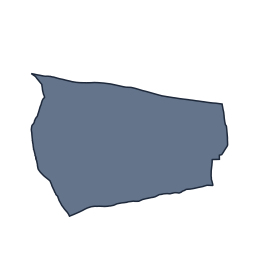 Lat Phrao, Bangkok Metropolis, Thailand (Robinson projection), rotated 256°
{"feature_id": "78962969B95574148528109", "entity_name": "Lat Phrao", "entity_type": "district", "adm_level": 2, "iso_a3": "THA", "parent_name": "Thailand", "parent_adm1": "Bangkok Metropolis", "projection": "robinson", "projection_center": [100.606, 13.822], "detail": "fine", "context": "isolated", "style": "filled", "palette": "slate", "viewbox_px": 256, "rotation_deg": 256, "n_neighbors": 0, "source": "geoboundaries", "source_scale": "gbopen_adm2", "svg_char_len": 5095}
<svg xmlns="http://www.w3.org/2000/svg" viewBox="0 0 256 256"><g transform="rotate(256 128 128)"><path d="M164.7,144.6L165.7,142.7L166.6,140.9L166.9,140.0L168.1,135.9L169.1,133.6L170.5,130.8L170.8,130.2L173.0,125.8L174.9,121.9L177.5,115.2L178.1,113.4L178.8,111.3L179.4,109.4L179.8,108.0L180.2,106.7L180.9,103.1L181.3,101.2L182.0,98.3L182.5,96.5L183.0,94.6L183.4,93.1L184.1,90.9L184.9,88.6L186.0,86.1L186.4,85.1L187.4,83.3L189.5,79.1L190.8,76.8L192.3,73.6L193.2,72.0L193.7,71.1L195.4,68.2L195.7,67.3L196.5,65.7L196.8,65.3L196.9,64.8L197.4,63.5L197.8,62.2L198.2,60.3L198.8,58.8L199.4,57.5L200.5,55.2L201.6,52.7L202.8,50.3L204.2,47.3L200.9,50.2L200.1,50.8L198.1,51.6L196.2,52.5L192.8,54.1L191.8,54.6L191.1,54.9L190.9,54.9L189.8,54.7L188.3,54.6L188.0,54.6L186.2,54.3L184.9,54.2L183.6,54.2L182.2,54.2L181.0,54.2L180.8,54.2L180.7,54.3L179.4,54.5L179.1,54.5L177.8,54.4L177.6,54.1L177.1,53.2L176.9,52.9L176.7,52.6L176.1,52.1L175.5,51.5L174.5,50.9L173.3,50.1L172.4,49.7L171.6,49.2L171.2,48.9L170.6,48.4L170.2,48.2L169.6,47.7L169.2,47.5L167.1,46.3L166.2,45.8L165.4,45.3L165.0,45.1L164.5,44.8L164.0,44.4L162.8,43.7L161.7,43.1L161.5,42.9L161.3,42.8L160.7,42.0L160.6,41.7L159.3,40.4L159.2,40.3L159.0,40.1L158.2,39.6L157.5,39.0L157.4,38.9L157.2,38.9L156.8,38.7L156.4,38.6L156.0,38.2L155.6,37.9L154.6,36.8L154.5,36.5L153.9,35.7L153.5,35.4L153.3,35.2L153.1,35.1L152.2,34.7L150.7,34.1L149.9,33.8L149.6,33.8L149.2,33.7L147.5,33.5L147.2,33.5L146.7,33.5L145.2,33.2L143.9,33.0L141.9,32.7L139.8,32.4L139.6,32.4L139.2,32.2L138.9,32.1L138.5,32.2L138.3,32.2L137.2,32.0L135.1,31.9L133.8,31.7L133.0,31.6L132.0,31.5L130.8,31.4L130.5,31.3L130.3,31.2L130.2,31.2L129.8,31.3L129.6,31.4L128.5,31.4L127.2,31.4L124.7,31.4L124.1,31.2L123.9,31.2L123.7,31.2L122.9,31.4L122.8,31.5L122.7,31.5L122.0,31.5L121.8,31.4L121.6,31.3L121.4,31.3L121.3,31.5L121.2,31.5L121.0,31.4L120.9,31.2L120.6,31.1L120.4,31.1L120.1,31.4L119.7,31.2L119.4,31.2L119.2,31.3L118.8,31.4L117.4,31.4L117.0,31.4L116.4,31.3L116.0,31.3L115.8,31.3L115.7,31.3L115.2,31.4L113.7,31.1L113.0,31.0L112.0,31.0L111.3,30.9L110.1,30.9L109.7,31.0L109.4,31.0L109.1,31.1L108.7,31.3L107.2,31.9L106.4,32.2L105.7,32.6L105.2,32.9L105.0,33.0L102.6,34.4L101.5,35.1L96.9,38.6L95.6,39.5L92.0,40.1L90.3,40.2L88.7,40.5L87.1,40.8L85.3,41.2L84.8,41.3L84.6,41.3L83.9,41.3L82.6,41.8L81.1,42.0L80.9,42.0L80.3,42.3L80.2,42.3L78.9,43.2L78.7,43.2L77.8,43.3L77.5,43.3L75.9,43.5L74.5,43.6L73.0,44.0L70.7,44.6L69.0,45.0L67.1,45.8L65.6,46.4L64.8,46.7L63.4,47.4L62.6,47.8L61.9,48.2L61.3,48.5L60.8,48.7L59.3,49.3L58.5,49.5L56.6,49.9L56.6,50.1L56.7,50.5L57.2,54.1L57.8,57.7L58.0,58.8L58.2,60.0L58.4,61.1L58.7,62.4L59.1,64.3L59.6,66.1L60.0,68.0L60.2,69.1L60.3,70.1L60.4,71.7L60.5,72.9L60.5,73.4L60.4,74.6L60.3,74.8L60.2,76.2L60.1,76.7L60.0,77.3L59.5,78.9L59.2,80.7L58.1,84.5L57.8,85.4L57.6,86.1L57.4,87.0L57.3,87.6L57.0,89.2L56.8,91.4L56.6,92.4L56.6,93.5L56.5,94.8L56.6,96.2L56.7,96.8L56.8,97.1L56.9,97.9L57.0,98.2L57.1,98.6L57.1,98.8L57.1,99.2L57.0,101.3L56.9,103.2L56.8,104.1L56.7,105.1L56.5,106.0L56.4,107.2L56.2,108.8L56.3,109.8L56.3,110.2L56.3,110.7L56.0,112.8L55.7,115.6L55.6,115.8L55.6,116.0L55.2,116.8L54.7,118.8L54.4,120.4L54.3,120.7L54.3,120.8L54.4,121.0L55.0,124.3L55.1,124.8L55.1,126.2L55.1,127.0L55.1,127.7L55.1,127.8L55.1,128.3L55.1,128.5L55.0,129.6L55.0,130.0L55.0,130.3L54.9,133.4L54.9,133.7L54.7,135.3L54.7,136.8L54.7,137.3L54.8,138.1L55.3,140.3L55.8,142.2L55.5,144.3L55.5,145.4L55.5,146.0L55.5,146.7L55.4,147.2L54.9,150.1L54.8,150.4L54.2,152.1L54.1,152.4L54.1,152.7L54.0,153.0L54.0,154.9L54.0,156.2L54.0,156.7L54.0,157.1L54.0,157.4L53.9,157.7L53.8,158.3L53.3,160.0L52.7,161.4L52.6,161.8L52.6,162.0L52.6,162.5L52.9,164.3L53.0,164.5L53.2,164.8L53.3,164.9L53.7,166.3L53.7,166.6L53.6,166.8L54.1,168.9L54.3,169.2L54.3,169.4L54.3,170.0L54.1,171.3L53.7,173.5L53.5,175.8L53.4,177.2L53.3,181.8L53.1,186.4L53.1,186.9L53.2,187.7L53.3,190.1L53.3,190.8L53.2,191.3L51.9,195.8L51.8,196.0L51.9,196.3L52.0,196.5L53.3,196.6L54.5,196.6L55.3,196.6L55.8,196.6L57.5,196.5L58.3,196.5L58.9,196.7L60.0,196.9L61.2,197.0L62.7,197.4L64.5,197.9L66.0,198.3L66.9,198.6L70.1,199.8L70.9,200.1L71.6,200.4L72.9,200.8L74.2,201.3L76.5,201.9L76.8,202.0L77.0,202.1L76.9,202.8L76.6,204.0L75.7,208.1L75.5,209.1L76.7,209.4L78.9,209.9L79.5,210.1L79.5,212.5L81.5,214.7L82.8,216.0L84.6,217.9L86.2,219.6L86.6,220.0L87.0,220.3L87.5,220.5L88.0,220.7L89.0,220.9L90.8,221.3L92.4,221.6L94.3,222.1L96.0,222.4L97.9,222.7L99.1,222.9L101.0,223.2L102.8,223.5L105.0,223.8L105.7,223.9L106.0,223.9L106.5,223.8L107.2,223.5L107.7,223.3L107.9,223.3L108.2,223.3L110.4,223.4L110.6,223.4L110.8,223.4L111.6,223.5L113.4,223.7L114.4,223.8L116.8,224.2L117.6,224.3L119.1,224.5L119.8,224.6L121.1,224.7L121.9,224.7L123.0,224.7L124.3,224.8L125.6,224.9L126.2,224.9L128.5,225.1L130.8,219.3L131.8,216.2L133.2,212.5L134.0,210.5L135.3,207.4L135.7,206.3L136.0,205.6L136.6,204.1L137.0,203.2L137.8,201.0L138.6,199.1L139.5,196.9L140.4,194.5L140.9,193.4L142.2,189.9L144.1,185.0L145.8,181.0L146.3,179.7L149.0,173.3L151.1,168.5L151.7,167.5L152.2,166.5L154.6,162.3L159.1,154.4L160.9,151.0L163.3,147.0L164.7,144.6Z" fill="#64748b" stroke="#1e293b" stroke-width="1.5"/></g></svg>